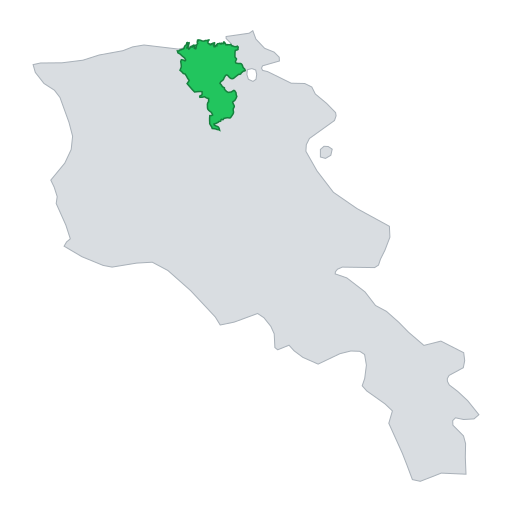 Tumanian, Lori, Armenia shown in context
{"feature_id": "60910142B81526699291587", "entity_name": "Tumanian", "entity_type": "district", "adm_level": 2, "iso_a3": "ARM", "parent_name": "Armenia", "parent_adm1": "Lori", "projection": "equal_earth", "projection_center": [44.669, 40.997], "detail": "fine", "context": "in_parent", "style": "filled", "palette": "green", "viewbox_px": 512, "rotation_deg": 0, "n_neighbors": 0, "source": "geoboundaries", "source_scale": "gbopen_adm2", "svg_char_len": 6957}
<svg xmlns="http://www.w3.org/2000/svg" viewBox="0 0 512 512"><path d="M220.2,325.0L215.3,317.0L190.7,290.7L167.9,270.5L152.3,262.2L136.6,263.1L112.1,267.1L103.1,265.4L81.9,256.7L64.1,246.2L66.6,241.9L70.3,238.8L65.9,225.2L56.2,203.5L57.2,196.6L54.2,187.2L50.8,180.1L64.8,163.1L71.2,149.5L72.6,136.2L69.0,122.4L60.0,97.5L54.4,90.2L44.0,83.5L35.3,72.4L33.1,64.6L40.5,63.0L62.0,62.8L82.9,60.2L99.2,55.0L122.9,50.7L132.6,46.9L144.0,45.0L178.6,49.1L191.5,46.0L230.4,45.4L231.4,43.8L226.1,38.5L226.1,36.5L249.2,33.2L252.8,30.7L255.9,39.1L264.6,48.3L274.1,52.1L279.2,57.2L279.4,61.0L262.6,65.8L261.5,68.1L262.6,70.4L267.6,71.6L291.2,83.2L304.7,83.5L311.8,87.0L315.3,94.0L326.6,103.4L335.6,112.6L336.1,115.8L334.5,120.5L309.4,138.5L306.3,144.7L305.9,151.3L317.0,170.9L333.4,192.3L357.0,208.6L389.4,226.3L389.9,237.2L384.9,250.3L380.5,259.1L378.5,265.1L374.6,267.6L342.3,267.1L337.5,269.2L335.4,271.8L335.2,273.9L346.8,277.9L365.0,291.9L375.5,305.5L386.5,311.4L398.7,322.2L408.6,332.3L423.9,345.4L440.9,341.1L463.7,352.7L464.7,360.6L463.3,367.7L449.1,375.4L447.3,378.6L447.4,381.3L449.3,385.0L457.7,391.4L467.7,400.7L478.9,414.7L474.0,418.9L463.6,419.5L455.5,417.8L452.7,420.6L452.9,425.2L463.5,435.9L465.6,443.7L465.3,457.2L466.0,474.2L441.3,473.1L420.3,481.3L412.4,479.6L407.0,465.2L402.4,453.4L388.8,423.3L392.4,410.9L384.9,403.8L366.8,391.0L362.2,385.8L364.7,378.5L366.4,365.2L364.6,354.5L359.8,351.3L350.8,351.0L339.9,353.7L318.1,364.1L302.9,357.4L294.1,350.8L289.0,345.2L277.7,349.8L274.9,347.6L274.2,333.8L270.8,326.3L263.9,317.7L257.6,313.5L234.2,322.1L220.2,325.0ZM256.0,79.3L256.7,74.4L255.7,70.0L251.9,68.6L247.3,69.7L246.9,74.6L248.4,79.3L253.0,81.4L256.0,79.3ZM330.8,155.3L325.5,158.4L320.4,157.0L320.4,149.4L324.0,146.3L328.2,146.5L332.2,149.2L330.8,155.3Z" fill="#d9dde1" stroke="#a8b0b8" stroke-width="1"/><path d="M219.6,130.2L219.1,128.2L218.3,127.0L217.3,126.4L215.8,125.9L214.3,125.1L214.0,124.0L215.8,123.5L218.2,122.3L218.8,121.5L219.9,121.4L220.7,121.1L221.0,119.7L221.5,119.3L222.6,119.7L223.2,119.6L223.9,118.4L227.3,117.7L230.0,118.0L230.9,117.2L232.9,114.2L233.5,112.8L233.5,111.6L233.2,110.2L233.2,108.9L234.3,106.7L234.2,105.8L232.7,102.6L232.7,102.0L234.8,100.4L235.9,98.6L236.8,96.5L236.2,94.7L236.0,92.7L234.6,90.6L233.7,90.4L231.2,92.0L228.2,92.4L226.6,91.5L224.5,89.3L224.4,87.8L222.3,86.6L221.5,85.1L219.9,83.3L220.9,81.6L222.2,80.7L223.4,79.6L224.2,77.6L225.6,75.4L226.7,74.9L227.8,75.5L229.6,77.6L231.2,78.6L232.3,78.7L233.5,78.4L236.2,76.2L238.7,74.3L240.0,74.3L240.8,73.8L241.4,72.8L243.6,71.0L244.6,71.0L245.2,70.6L244.8,69.2L243.1,67.5L242.3,65.1L241.4,63.9L240.6,63.5L238.2,63.5L236.0,63.1L235.5,62.2L235.5,61.3L236.5,59.2L236.4,58.6L235.3,57.6L234.9,56.6L235.0,52.1L235.3,50.4L237.6,49.8L238.1,49.2L237.9,48.5L238.2,47.7L238.1,46.9L237.2,46.1L236.5,46.7L235.6,46.7L234.8,46.6L234.2,46.6L233.9,46.5L233.5,46.2L232.7,46.1L232.6,45.9L232.3,45.8L232.1,45.7L231.7,45.8L231.5,45.7L231.4,45.4L231.4,45.2L230.9,44.5L230.6,44.4L230.4,44.4L229.8,44.7L229.5,44.8L228.9,44.8L228.4,44.7L227.5,44.6L227.1,45.0L226.8,44.9L226.3,44.5L226.1,44.5L225.9,44.7L225.5,43.9L225.3,43.6L225.0,43.0L224.9,42.8L224.7,42.6L224.1,42.0L224.0,41.9L223.7,42.0L223.5,42.3L223.5,42.5L223.9,43.4L223.8,43.5L223.7,43.6L223.4,43.7L222.5,43.4L222.0,43.6L221.9,43.6L221.7,43.4L221.5,43.7L221.0,43.3L220.8,43.4L220.6,43.6L220.6,43.9L220.4,43.9L220.2,43.7L220.0,43.4L219.7,43.3L219.6,43.5L219.2,43.6L218.5,43.6L217.7,43.7L217.4,43.8L217.3,44.1L217.2,44.3L217.1,44.7L216.8,45.7L216.7,45.6L216.8,45.0L216.6,44.8L216.4,44.8L216.2,44.9L215.8,45.5L215.4,45.9L215.4,46.0L215.4,46.4L215.3,46.6L215.2,46.7L214.7,46.6L214.4,46.8L214.1,46.7L214.3,46.3L214.2,46.1L213.9,45.9L213.8,45.6L214.1,45.3L214.2,44.9L213.9,44.7L213.8,44.4L214.0,44.1L214.2,43.9L214.4,43.8L214.5,43.7L214.5,43.3L214.6,43.2L214.6,42.8L214.4,42.7L214.2,42.7L213.6,43.1L212.8,43.2L212.7,43.4L212.6,43.7L211.7,43.7L211.6,43.8L211.6,44.2L211.4,44.0L211.2,43.9L211.0,44.0L210.8,44.1L210.8,44.3L210.8,44.5L210.5,44.6L210.3,44.7L210.2,44.8L210.0,44.5L210.3,44.3L210.4,44.2L210.2,44.1L209.6,43.9L208.9,43.9L208.6,43.7L208.3,43.4L208.0,43.1L207.9,42.7L208.0,42.0L208.2,41.0L208.4,40.6L208.7,40.3L208.9,40.2L209.0,40.0L209.0,39.9L208.9,39.9L208.5,40.0L208.4,40.1L207.9,40.3L207.8,40.2L207.7,40.2L207.3,40.4L207.1,40.5L206.9,40.7L206.5,40.5L206.2,40.5L205.7,40.5L205.4,40.5L205.0,40.8L204.9,40.7L204.4,41.0L204.1,41.0L203.9,41.0L203.1,41.2L202.6,41.0L202.3,41.0L201.4,40.7L201.1,40.6L200.8,40.3L200.4,40.3L199.9,40.1L199.4,40.0L198.3,39.9L197.8,40.0L197.5,40.2L197.5,40.3L198.0,40.4L198.1,40.9L198.0,41.2L197.8,41.3L197.6,41.4L197.4,41.4L197.3,41.5L197.3,42.0L197.2,42.2L197.3,42.5L197.4,42.9L197.4,43.0L197.5,43.3L197.7,43.6L197.5,43.8L197.3,44.0L196.9,44.5L196.8,44.9L196.5,45.5L196.4,46.2L196.1,47.6L195.9,48.0L196.0,48.4L195.9,48.7L195.7,48.8L195.6,48.7L195.5,48.3L195.5,48.2L195.2,48.4L195.1,48.1L194.9,48.1L194.7,48.1L194.6,48.4L194.3,48.3L194.3,48.2L194.3,47.7L194.6,47.2L194.5,46.8L194.4,46.4L194.5,46.2L194.9,45.9L195.3,45.5L195.6,45.4L195.7,45.2L194.7,45.3L194.3,45.7L194.2,45.8L194.1,45.7L194.1,45.4L194.0,45.2L193.5,45.1L193.1,45.4L193.1,45.6L193.6,45.8L193.8,46.0L193.7,46.2L193.5,46.3L193.2,46.0L193.1,46.3L193.1,46.5L192.9,46.7L192.5,46.1L192.3,46.0L192.1,46.0L192.0,46.4L192.0,47.0L191.9,47.0L191.5,46.9L191.4,47.0L191.1,47.0L191.1,46.9L190.8,46.7L190.6,46.8L190.4,47.1L190.3,47.3L190.0,47.9L189.8,48.1L189.5,48.4L189.2,48.8L188.9,49.1L188.7,49.1L188.6,48.9L188.6,48.7L188.8,48.5L189.0,48.3L189.1,48.1L188.9,48.0L188.7,48.2L187.7,47.9L187.2,47.9L187.4,47.6L187.5,47.4L187.4,47.2L187.1,47.1L187.3,46.8L188.1,46.5L188.3,46.2L188.2,45.6L188.3,45.5L188.3,45.4L188.6,45.1L188.2,45.0L187.8,45.0L187.6,44.9L187.6,44.7L188.2,44.5L188.1,44.4L187.7,44.4L187.7,44.2L188.0,44.1L188.4,43.9L188.5,43.9L188.5,43.6L188.6,43.2L189.2,43.1L189.2,42.9L189.1,42.7L188.4,42.9L187.8,42.7L187.6,42.5L187.4,42.5L187.1,42.6L186.8,42.8L186.7,43.1L186.6,43.3L186.6,43.6L186.7,44.2L186.6,44.5L186.5,44.8L186.1,45.0L185.7,45.1L185.3,45.4L184.5,46.6L184.4,46.8L184.4,47.2L184.1,47.8L184.0,48.0L184.0,48.4L183.5,48.8L183.2,48.9L182.0,49.3L181.6,49.6L181.4,49.7L181.1,49.7L180.5,49.9L179.7,50.1L179.4,50.3L179.3,50.6L179.0,50.9L178.5,50.9L178.3,51.0L178.0,51.0L177.4,50.9L177.9,52.8L180.1,54.0L182.3,56.1L184.6,57.9L185.7,60.0L185.0,60.9L183.0,60.0L181.4,59.7L180.7,61.5L181.2,64.5L181.3,67.0L180.0,70.3L181.6,71.6L183.3,73.5L185.1,74.0L186.3,75.8L187.7,78.4L189.2,80.5L187.1,83.6L192.0,89.3L194.6,92.0L197.8,91.6L200.8,91.5L202.1,91.8L202.1,94.5L201.3,95.4L200.2,95.6L199.7,96.3L199.9,97.3L202.6,97.2L204.4,96.7L206.1,97.7L207.4,98.3L208.6,98.5L208.6,101.8L208.0,102.3L207.7,103.1L207.4,104.2L207.5,108.1L207.9,109.3L208.8,110.4L209.9,111.3L210.9,112.0L211.5,112.6L211.9,113.4L212.4,114.3L212.6,115.0L211.5,115.6L209.8,115.6L209.6,118.1L209.6,120.5L209.7,122.2L209.7,123.7L210.8,125.6L211.7,127.0L212.2,128.5L215.3,128.8L216.1,129.1L217.3,129.6L218.5,129.6L219.6,130.2Z" fill="#22c55e" stroke="#15803d" stroke-width="1.5"/></svg>